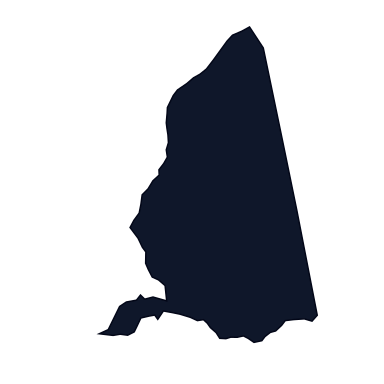 Cedro, Pernambuco, Brazil, rotated 263°
{"feature_id": "56859067B25789098180708", "entity_name": "Cedro", "entity_type": "district", "adm_level": 2, "iso_a3": "BRA", "parent_name": "Brazil", "parent_adm1": "Pernambuco", "projection": "albers", "projection_center": [-39.221, -7.727], "detail": "fine", "context": "isolated", "style": "filled", "palette": "ink", "viewbox_px": 384, "rotation_deg": 263, "n_neighbors": 0, "source": "geoboundaries", "source_scale": "gbopen_adm2", "svg_char_len": 1154}
<svg xmlns="http://www.w3.org/2000/svg" viewBox="0 0 384 384"><g transform="rotate(263 192 192)"><path d="M62.6,82.7L59.3,96.2L59.6,103.4L57.7,110.7L60.2,117.6L65.6,121.1L73.2,125.9L74.1,134.5L74.4,140.0L69.8,142.5L77.4,149.1L74.7,157.8L72.2,165.2L67.8,175.1L63.7,181.7L63.9,187.8L59.9,191.2L55.2,193.7L49.5,198.8L43.4,201.7L42.3,207.8L43.2,212.8L42.3,219.1L42.9,225.5L39.9,229.9L35.2,235.2L35.9,243.2L39.6,246.8L43.1,252.6L43.9,258.1L48.7,264.7L53.0,268.9L53.0,277.2L52.4,288.0L49.2,295.4L54.4,301.3L161.2,293.8L230.7,288.2L239.2,287.5L326.3,280.3L348.8,269.2L345.5,260.9L342.7,251.3L337.5,245.2L320.3,229.2L312.3,221.3L307.9,214.2L305.2,207.5L300.2,200.0L295.1,190.1L290.1,185.2L278.9,177.9L273.2,176.9L263.8,174.9L258.0,174.9L251.7,175.1L243.8,174.6L237.0,171.6L229.6,171.8L223.7,167.4L218.1,161.9L212.8,161.5L207.9,154.6L200.5,148.8L195.3,142.2L186.0,139.8L177.5,137.0L171.0,130.9L164.3,126.2L152.8,132.8L143.0,136.1L138.1,138.9L126.9,137.3L120.4,139.2L112.4,142.2L108.9,148.0L102.4,153.9L87.0,153.6L92.5,140.5L91.4,132.0L96.0,128.3L91.4,123.7L90.8,113.4L87.2,106.2L65.6,92.1L62.6,82.7Z" fill="#0f172a" stroke="#020617" stroke-width="1.5"/></g></svg>